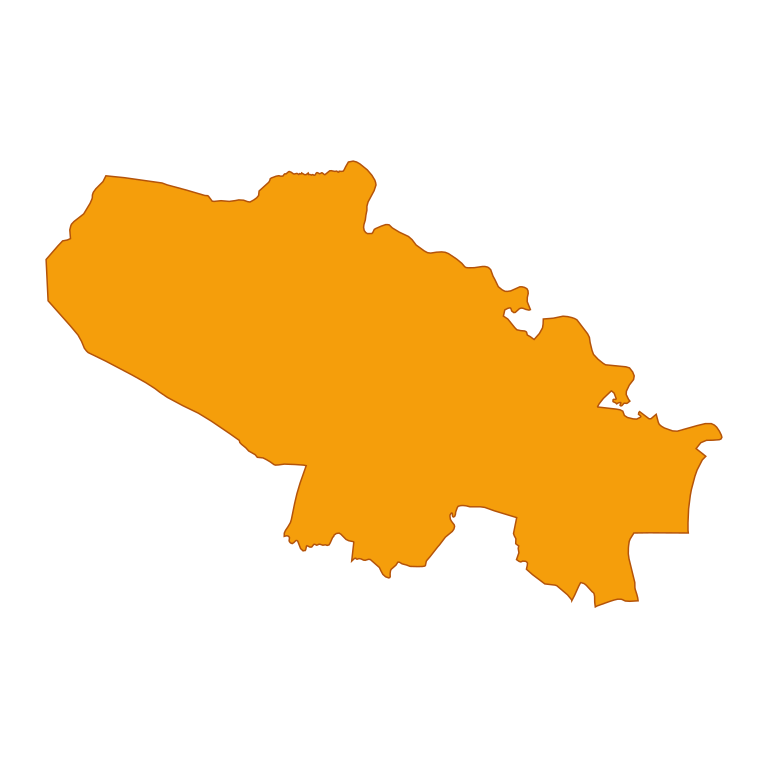 Ninh Phuoc, Ninh Thuận, Vietnam
{"feature_id": "81297802B18401806223645", "entity_name": "Ninh Phuoc", "entity_type": "district", "adm_level": 2, "iso_a3": "VNM", "parent_name": "Vietnam", "parent_adm1": "Ninh Thuận", "projection": "orthographic", "projection_center": [108.902, 11.561], "detail": "fine", "context": "isolated", "style": "filled", "palette": "amber", "viewbox_px": 768, "rotation_deg": 0, "n_neighbors": 0, "source": "geoboundaries", "source_scale": "gbopen_adm2", "svg_char_len": 6097}
<svg xmlns="http://www.w3.org/2000/svg" viewBox="0 0 768 768"><path d="M494.9,279.6L493.0,276.1L490.7,269.7L488.9,267.9L487.6,267.1L485.0,266.5L482.4,266.5L474.2,267.7L468.2,267.8L465.9,267.5L464.7,266.7L461.8,263.3L456.7,259.1L448.5,253.6L445.2,252.3L441.7,251.9L436.4,252.2L430.7,253.1L427.6,252.7L424.2,250.9L416.1,245.0L412.1,239.7L408.5,236.5L399.4,232.2L392.3,227.9L389.2,224.9L387.5,224.6L385.7,224.6L381.3,226.1L375.8,228.5L374.3,229.4L372.8,232.5L371.9,233.5L367.5,233.6L365.8,232.6L364.2,230.5L363.6,227.4L363.9,224.7L365.3,220.0L365.9,215.2L366.9,210.3L366.9,206.2L368.1,201.9L374.1,190.7L376.0,185.0L375.6,182.5L374.8,180.1L371.9,175.3L367.3,169.9L359.9,163.9L356.6,162.0L353.2,161.1L348.4,162.0L345.7,166.6L344.1,169.9L343.1,171.2L341.5,171.4L339.2,171.2L338.7,172.2L337.8,172.0L336.8,171.1L334.8,171.4L331.2,170.7L329.7,170.8L324.9,174.7L324.3,174.5L322.3,172.9L321.6,172.8L320.4,173.5L319.3,173.7L317.8,172.8L317.0,172.6L316.3,173.0L315.1,174.9L314.1,175.3L312.9,174.6L312.2,174.6L311.7,175.1L309.6,174.4L308.6,174.6L308.3,174.3L308.4,173.8L308.2,173.0L306.0,174.7L304.4,174.6L301.7,173.0L301.6,173.7L300.6,173.9L299.7,173.6L298.8,174.5L297.5,173.6L296.8,173.4L294.2,174.0L293.4,173.8L291.1,172.2L289.2,171.5L288.5,171.8L286.0,173.9L284.9,173.8L284.2,174.3L282.8,176.1L280.7,176.2L278.9,175.7L276.1,176.2L271.3,178.0L270.2,178.8L269.8,180.5L268.7,182.3L259.1,191.0L258.6,195.5L256.7,197.8L253.7,200.0L250.0,202.0L247.5,201.6L243.6,200.2L238.8,199.9L235.2,200.6L229.3,201.4L221.0,200.7L214.2,201.4L212.2,201.2L208.6,196.4L207.8,195.7L204.9,195.5L186.5,190.1L167.2,184.9L162.1,183.0L124.5,177.7L105.9,175.8L103.0,181.6L95.9,188.7L93.3,192.3L92.4,195.0L92.3,197.7L92.0,198.9L90.1,203.3L83.7,213.9L74.0,221.5L71.5,224.2L70.8,225.8L69.8,229.9L70.5,238.6L67.3,240.0L62.6,240.9L57.9,245.9L46.1,259.5L48.1,300.8L70.3,325.8L78.0,335.0L81.5,341.3L84.4,348.3L86.5,351.0L88.2,352.6L105.7,361.1L132.1,375.0L145.7,382.6L154.9,388.5L159.6,392.1L167.4,397.4L182.9,405.7L198.4,413.2L211.3,421.1L230.0,433.8L239.3,440.4L239.8,442.5L241.5,444.3L245.9,447.9L248.7,451.0L255.2,454.7L257.3,457.3L263.0,457.9L266.4,459.6L270.1,461.8L274.0,464.6L275.4,465.1L278.6,464.9L284.3,464.1L294.9,464.5L303.5,465.1L306.2,465.7L300.1,483.0L296.9,493.8L294.6,503.6L291.4,519.4L290.4,522.6L288.0,526.7L285.5,530.4L284.3,533.1L284.2,536.4L286.3,535.8L287.8,535.9L289.1,536.9L289.5,537.7L289.1,540.6L289.4,541.6L290.5,542.9L292.2,543.6L293.8,542.6L295.8,540.6L296.9,540.5L297.7,541.1L300.6,548.6L303.1,550.9L303.6,550.6L305.1,550.6L305.7,549.7L306.5,546.1L307.0,545.7L310.0,547.1L311.7,547.0L313.8,544.4L314.8,544.3L316.7,545.2L317.9,544.8L318.4,544.4L319.8,544.2L322.9,545.2L325.4,544.8L327.2,545.4L329.0,544.9L330.2,542.9L332.6,537.5L333.7,536.4L334.1,535.1L336.3,533.5L339.1,533.1L340.9,534.2L346.0,539.4L348.7,540.7L353.5,541.7L353.8,542.1L351.7,561.1L354.4,558.5L355.1,558.3L355.9,558.3L356.4,559.0L357.1,559.2L358.9,558.6L359.9,558.7L361.2,559.0L363.5,560.1L365.2,560.3L368.5,559.3L370.3,559.5L379.4,567.5L381.1,571.2L382.9,574.4L385.6,576.8L388.7,577.9L389.7,577.6L390.2,576.7L390.1,573.7L390.5,570.8L391.1,569.4L396.0,565.1L397.8,562.2L398.5,562.1L399.6,562.3L402.0,563.8L406.5,565.0L410.2,566.4L417.5,566.6L422.3,566.5L424.7,566.1L425.4,565.5L426.2,561.6L426.6,560.7L430.1,556.6L437.7,546.9L439.4,545.0L445.4,537.1L452.3,531.4L453.9,529.1L454.6,526.4L454.2,524.8L451.5,521.3L450.4,519.3L449.9,516.0L450.1,514.8L451.3,513.1L451.7,513.0L452.2,513.2L452.4,513.7L452.5,515.9L452.9,516.7L453.6,517.0L454.7,516.3L455.4,514.5L455.7,512.0L457.2,507.8L458.1,506.3L460.7,505.6L462.9,505.5L466.1,505.8L469.9,506.8L480.4,506.8L484.8,507.4L494.3,510.8L516.7,517.6L513.5,533.5L514.4,536.0L515.9,538.7L515.7,543.5L516.1,544.1L518.7,545.9L518.2,548.5L518.9,552.7L516.5,559.6L519.1,561.4L520.6,561.9L521.5,561.7L522.6,561.1L525.7,561.3L527.0,562.3L527.5,563.2L527.2,565.8L526.4,569.2L532.5,574.6L544.8,583.9L555.0,585.1L556.8,585.7L567.5,594.8L570.4,598.3L571.7,600.0L571.8,600.7L574.7,595.1L578.7,586.2L580.6,582.6L581.0,582.6L584.2,583.6L586.4,585.4L592.1,591.7L593.2,592.5L594.0,593.5L594.6,596.4L594.7,602.1L595.3,606.9L597.2,605.9L610.1,601.3L614.2,600.0L617.6,599.2L620.5,599.2L621.9,599.4L625.3,601.0L629.8,601.3L638.1,600.8L637.7,597.8L636.8,594.3L635.2,589.3L634.9,587.6L634.8,582.5L629.0,558.8L628.3,553.7L628.4,548.0L628.6,545.7L629.2,541.5L630.2,538.9L633.9,533.0L649.6,532.8L688.3,533.0L688.0,530.2L688.0,522.6L688.6,508.9L690.3,495.4L691.4,489.5L694.9,476.3L697.1,470.0L702.3,459.9L705.8,456.3L696.1,448.6L700.8,442.7L706.5,440.3L712.7,440.2L719.3,439.7L721.0,439.0L721.9,437.3L721.3,435.1L719.4,431.2L716.7,427.2L714.4,425.1L711.3,423.6L705.3,423.6L697.1,425.6L677.2,431.2L672.5,430.9L664.4,428.0L661.5,426.3L659.3,424.4L658.3,422.3L656.2,414.3L651.0,418.7L649.1,418.8L639.6,411.6L638.8,412.5L638.5,414.3L640.4,415.7L640.8,416.7L640.2,417.3L636.7,419.1L633.3,418.9L627.5,417.5L624.4,415.5L622.8,411.2L620.1,409.8L616.2,409.1L597.8,407.0L597.6,406.5L599.3,403.6L603.4,398.4L611.3,390.9L611.9,391.2L614.1,393.1L616.2,398.7L615.8,399.4L613.7,399.3L613.0,399.9L613.0,401.5L613.3,401.8L615.6,402.8L616.7,403.9L618.1,403.0L619.3,402.6L620.7,402.5L620.9,403.0L620.0,405.2L620.8,405.9L621.4,405.8L621.9,405.6L624.0,403.3L624.5,403.2L626.6,403.4L627.4,403.1L629.9,401.1L628.5,399.3L626.2,394.5L626.4,391.2L629.3,385.1L633.6,379.5L634.2,375.9L632.7,372.0L629.5,367.9L625.9,366.8L605.5,364.8L602.8,363.1L598.0,359.2L593.5,354.4L592.0,350.3L590.1,342.4L589.4,337.4L587.6,333.8L576.9,319.8L574.5,318.5L571.9,317.6L567.6,316.6L563.0,316.2L553.3,318.2L543.3,319.0L543.1,324.1L542.5,327.9L539.4,333.5L534.1,339.5L530.3,336.7L527.3,335.0L526.6,332.3L526.0,331.6L524.7,331.0L520.6,330.6L516.9,329.8L514.8,327.7L507.8,319.0L503.4,316.1L504.8,309.9L507.9,308.3L509.6,307.9L510.5,308.0L511.0,308.8L511.7,311.0L513.8,312.6L515.3,312.4L519.5,308.6L521.2,308.1L523.1,308.3L525.8,309.4L529.0,310.1L530.4,309.6L527.2,301.6L527.3,297.5L528.2,293.6L528.0,290.8L526.9,288.7L524.5,287.4L522.0,286.8L519.9,286.8L510.7,290.9L507.5,291.4L505.0,291.3L502.1,289.8L498.3,286.7L494.9,279.6Z" fill="#f59e0b" stroke="#b45309" stroke-width="1.5"/></svg>